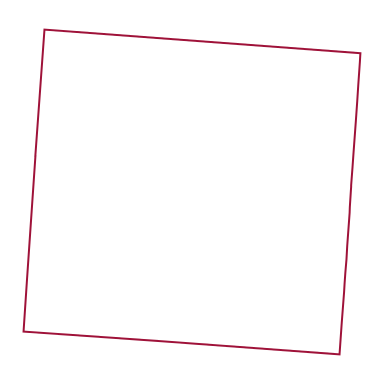 Trumbull, Ohio, United States of America, rotated 4°
{"feature_id": "52423323B93296857747121", "entity_name": "Trumbull", "entity_type": "district", "adm_level": 2, "iso_a3": "USA", "parent_name": "United States of America", "parent_adm1": "Ohio", "projection": "natural_earth1", "projection_center": [-80.618, 41.318], "detail": "fine", "context": "isolated", "style": "outline", "palette": "rose", "viewbox_px": 384, "rotation_deg": 4, "n_neighbors": 0, "source": "geoboundaries", "source_scale": "gbopen_adm2", "svg_char_len": 594}
<svg xmlns="http://www.w3.org/2000/svg" viewBox="0 0 384 384"><g transform="rotate(4 192 192)"><path d="M33.7,343.0L173.2,343.0L350.5,343.7L350.5,333.7L350.5,312.5L350.7,281.2L350.6,272.8L350.6,262.0L350.8,248.5L350.6,235.1L350.6,232.6L350.7,201.9L350.5,196.2L350.4,178.8L350.4,176.8L350.4,175.8L350.3,174.3L350.3,173.8L350.3,173.4L350.3,172.9L350.4,156.2L350.4,147.1L350.4,141.4L350.5,110.5L350.5,104.3L350.5,94.9L350.5,90.5L350.4,72.5L350.4,50.8L350.3,41.8L33.5,40.3L33.2,167.0L33.3,167.0L33.4,229.6L33.5,286.7L33.5,288.0L33.7,343.0Z" fill="none" stroke="#9f1239" stroke-width="2"/></g></svg>